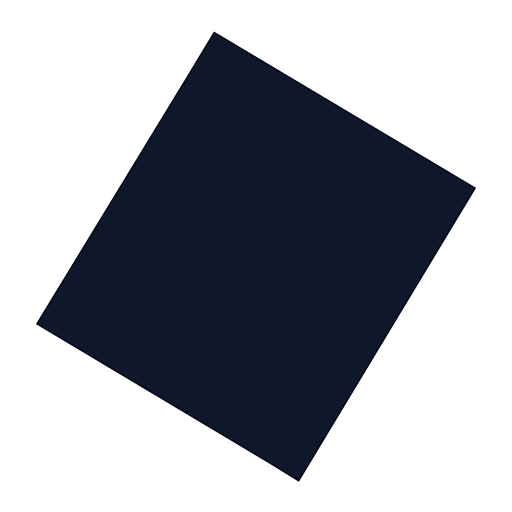 outline of Saline, Illinois, United States of America, rotated 31°
{"feature_id": "52423323B73241323723965", "entity_name": "Saline", "entity_type": "district", "adm_level": 2, "iso_a3": "USA", "parent_name": "United States of America", "parent_adm1": "Illinois", "projection": "robinson", "projection_center": [-88.57, 37.753], "detail": "fine", "context": "isolated", "style": "filled", "palette": "ink", "viewbox_px": 512, "rotation_deg": 31, "n_neighbors": 0, "source": "geoboundaries", "source_scale": "gbopen_adm2", "svg_char_len": 252}
<svg xmlns="http://www.w3.org/2000/svg" viewBox="0 0 512 512"><g transform="rotate(31 256 256)"><path d="M105.0,134.2L103.2,427.0L374.6,426.3L408.3,426.7L408.8,85.0L105.1,86.0L105.0,134.2Z" fill="#0f172a" stroke="#020617" stroke-width="1.5"/></g></svg>